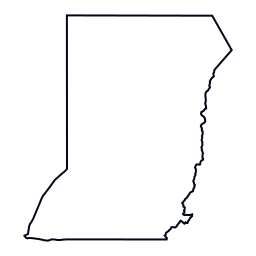 Angaco, San Juan, Argentina
{"feature_id": "61730980B81698180684339", "entity_name": "Angaco", "entity_type": "district", "adm_level": 2, "iso_a3": "ARG", "parent_name": "Argentina", "parent_adm1": "San Juan", "projection": "equal_earth", "projection_center": [-68.042, -31.197], "detail": "fine", "context": "isolated", "style": "outline", "palette": "ink", "viewbox_px": 256, "rotation_deg": 0, "n_neighbors": 0, "source": "geoboundaries", "source_scale": "gbopen_adm2", "svg_char_len": 5698}
<svg xmlns="http://www.w3.org/2000/svg" viewBox="0 0 256 256"><path d="M26.9,238.2L27.7,238.3L27.8,238.2L28.5,238.1L29.3,238.0L29.5,238.0L30.9,238.1L33.0,238.2L34.6,238.5L38.6,239.0L41.5,239.6L42.9,239.9L43.3,240.0L44.4,240.2L44.8,240.3L46.2,240.5L47.8,240.6L48.0,240.6L48.3,240.6L49.9,240.0L51.3,239.5L51.8,239.4L52.7,239.4L54.1,239.5L55.1,239.6L55.5,239.6L57.3,240.0L57.5,240.0L59.8,240.0L60.1,240.0L62.5,239.7L63.7,239.6L64.0,239.6L65.2,239.5L66.1,239.4L71.1,239.4L75.6,239.4L102.6,239.4L166.6,239.5L166.9,238.2L164.7,235.6L165.6,234.8L165.9,233.1L167.0,232.0L168.4,231.2L169.5,229.8L170.6,229.1L171.1,227.8L171.3,227.4L172.1,227.1L173.6,227.1L174.3,227.3L174.7,227.5L175.1,227.5L175.5,227.3L176.0,226.9L176.7,226.2L177.0,225.7L177.3,225.0L177.8,224.5L178.2,223.8L178.8,223.2L179.3,222.7L179.7,222.2L180.1,221.2L180.4,220.8L180.7,220.7L181.0,220.8L181.6,221.3L181.9,221.6L182.4,221.9L182.8,222.4L183.3,222.7L183.6,223.0L184.0,223.4L184.3,223.6L184.5,223.7L185.0,223.3L185.2,223.0L185.3,222.6L185.6,222.3L185.9,222.5L186.1,222.8L186.3,222.9L186.6,223.0L187.1,223.1L187.5,223.0L187.7,222.5L187.8,222.1L187.9,221.5L188.0,221.2L188.7,220.5L189.2,219.8L189.6,218.9L190.1,218.0L190.3,217.7L191.7,216.6L192.1,216.1L192.1,215.6L192.2,215.1L192.2,214.8L192.2,214.4L189.6,215.1L188.6,214.9L187.2,215.0L186.3,214.8L185.3,215.1L184.5,215.0L183.4,214.6L183.1,214.2L183.0,213.8L183.1,213.6L184.0,213.0L184.4,212.5L184.5,212.1L184.5,211.7L184.5,211.3L184.2,211.2L183.9,210.8L183.9,210.5L184.3,210.0L184.6,209.2L184.9,207.8L184.8,207.4L184.6,207.3L184.2,207.0L183.9,206.9L183.3,206.6L183.3,206.3L183.3,205.9L183.4,205.4L183.5,204.9L183.3,204.6L183.1,204.3L182.9,204.0L182.7,203.7L182.3,203.4L182.2,203.0L183.0,202.1L183.6,201.5L184.4,200.6L184.7,200.2L184.8,199.9L184.9,199.6L184.9,199.3L185.5,198.8L185.8,198.6L186.1,198.5L186.4,198.2L186.7,197.8L187.3,197.0L187.6,196.6L188.0,195.9L188.5,195.3L188.6,195.1L189.1,194.5L189.3,194.2L189.8,193.0L189.9,192.8L190.4,192.4L191.0,192.1L192.2,191.5L192.4,191.5L192.6,191.4L193.1,191.0L193.2,190.5L193.2,190.2L193.2,189.2L193.4,188.8L193.6,188.6L194.0,188.2L194.2,187.9L194.3,187.7L194.4,186.8L194.3,186.7L194.4,186.3L194.5,185.9L194.6,185.5L194.8,185.2L194.6,185.1L194.5,184.7L194.4,184.3L194.2,184.1L194.1,183.7L194.1,183.3L194.1,183.1L194.0,182.8L193.7,182.4L193.6,182.2L193.5,181.9L193.4,181.7L193.4,181.3L193.4,180.9L193.4,180.5L193.5,180.3L194.0,179.6L194.1,179.2L194.2,178.7L194.4,178.0L194.4,177.3L194.5,177.0L194.4,176.8L194.8,176.2L195.2,175.5L195.6,174.7L195.5,174.3L195.3,173.9L195.2,173.5L195.3,173.3L195.4,173.1L195.6,172.8L195.7,172.6L195.8,172.2L195.9,171.7L195.9,170.9L195.9,170.4L195.9,169.6L195.8,169.0L195.8,168.8L195.6,168.6L195.1,167.9L195.0,167.4L195.1,167.2L195.4,166.6L195.7,165.9L195.8,165.5L196.0,165.1L196.1,164.9L196.6,164.5L196.8,164.4L197.1,164.3L197.4,164.3L197.6,164.4L198.0,164.5L198.6,164.6L199.0,164.5L199.3,164.5L199.7,164.6L200.1,164.4L200.1,164.2L200.2,163.5L200.4,162.6L200.6,161.8L200.8,161.5L201.1,161.0L201.3,160.7L201.6,160.5L201.8,160.3L202.1,160.2L202.5,160.1L202.8,159.9L203.1,159.2L203.1,158.6L202.8,158.4L202.5,157.8L202.4,157.1L202.4,156.8L202.4,156.3L202.6,155.7L202.6,155.4L202.6,154.5L202.6,154.3L202.8,154.0L202.9,153.7L202.6,152.1L202.3,151.5L202.2,151.0L202.2,150.8L202.1,150.5L201.7,149.9L201.7,149.4L201.8,149.2L201.9,148.9L201.9,148.6L201.8,148.3L201.7,148.0L201.5,147.8L201.4,147.3L201.5,147.0L202.3,145.4L202.4,144.9L202.3,144.1L202.3,142.5L202.4,142.1L202.4,141.9L202.3,141.7L202.0,141.2L201.7,140.6L201.6,140.3L201.7,139.7L201.9,139.0L202.1,138.3L202.3,137.6L202.3,137.2L202.2,137.0L201.9,136.2L201.9,135.9L202.1,135.6L202.3,135.0L202.5,134.8L202.6,134.3L202.6,133.4L202.7,131.9L202.6,131.3L202.5,131.1L202.3,130.9L202.0,130.7L201.8,130.5L201.8,130.1L201.8,129.5L201.9,129.1L202.0,128.5L201.7,128.0L201.6,127.6L201.4,127.3L201.1,126.8L200.9,126.5L200.8,126.1L201.0,125.4L201.2,125.1L201.5,124.8L201.7,124.5L201.9,124.2L202.3,123.9L203.4,123.2L204.2,122.8L205.0,122.0L205.2,121.7L205.3,121.3L205.2,121.0L205.1,120.5L205.0,120.0L205.1,119.3L205.0,119.0L204.8,118.8L204.7,118.7L204.5,117.6L204.3,117.2L204.2,117.0L203.1,116.3L202.3,115.7L202.0,115.3L201.6,115.0L201.2,114.4L201.1,114.0L201.1,113.6L201.2,112.5L201.3,112.1L201.5,111.9L201.8,111.9L202.0,111.9L202.3,111.7L202.7,111.2L203.0,111.0L203.2,110.9L203.6,110.8L203.9,110.6L204.0,110.4L204.2,109.9L204.3,109.8L204.6,109.7L204.9,109.1L205.1,108.7L205.4,108.7L205.9,108.7L206.2,108.4L206.2,108.1L206.1,107.5L206.0,107.1L206.0,106.9L206.0,106.5L206.0,106.2L205.9,105.8L205.6,105.1L205.4,104.2L205.3,103.7L205.2,103.4L205.3,103.1L205.3,102.7L205.5,102.2L205.6,101.9L205.8,101.4L205.8,101.2L205.8,100.9L205.8,99.5L205.7,98.7L205.6,98.1L205.5,97.8L205.5,97.4L205.5,97.0L205.5,96.3L205.4,96.0L205.3,95.5L205.3,95.1L205.4,94.6L205.5,94.0L205.5,93.7L205.6,93.4L205.7,92.8L205.8,92.6L206.0,92.3L206.6,91.4L207.1,91.2L207.8,90.7L208.1,90.3L208.5,89.5L208.8,89.0L209.3,88.3L209.9,87.6L210.0,87.4L210.0,87.1L209.8,86.7L209.6,86.5L209.4,86.0L209.3,85.8L209.3,85.4L209.4,85.0L209.7,84.4L209.8,84.2L209.9,82.5L209.9,82.0L209.8,81.8L209.9,81.6L210.0,81.3L210.2,80.6L210.5,80.1L211.0,79.3L211.3,78.8L212.0,77.9L212.3,77.6L212.5,77.4L212.9,77.2L213.5,76.8L213.6,76.5L213.8,76.1L213.8,75.8L213.6,75.2L213.4,74.8L213.4,74.5L213.5,74.1L213.4,73.7L213.5,73.4L213.6,73.2L213.7,72.9L214.0,72.4L214.2,72.0L214.2,71.8L214.2,71.4L214.2,71.1L214.2,70.9L214.6,69.7L231.7,50.1L212.2,15.7L66.9,15.4L67.0,168.9L65.1,171.1L62.1,173.5L54.9,179.9L49.5,187.4L42.6,196.4L41.7,198.3L34.5,215.6L33.0,219.2L32.0,220.8L31.7,221.5L30.9,222.8L29.9,224.1L29.8,224.6L29.1,226.3L28.0,234.0L24.8,235.5L24.4,235.8L26.3,238.0L26.5,238.1L26.9,238.2Z" fill="none" stroke="#020617" stroke-width="2"/></svg>